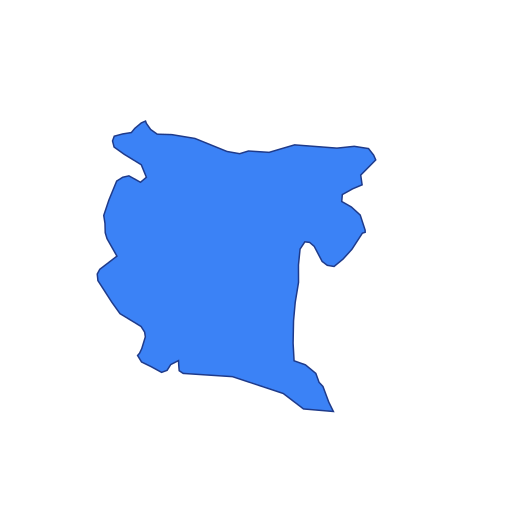 Montenegro, Equal Earth projection, rotated 331°
{"feature_id": "MNE", "entity_name": "Montenegro", "entity_type": "country or territory", "adm_level": 0, "iso_a3": "MNE", "parent_name": "Europe", "parent_adm1": "", "projection": "equal_earth", "projection_center": [19.258, 42.706], "detail": "fine", "context": "isolated", "style": "filled", "palette": "blue", "viewbox_px": 512, "rotation_deg": 331, "n_neighbors": 0, "source": "natural_earth", "source_scale": "50m", "svg_char_len": 1264}
<svg xmlns="http://www.w3.org/2000/svg" viewBox="0 0 512 512"><g transform="rotate(331 256 256)"><path d="M224.8,84.4L224.4,86.9L225.2,94.3L228.7,101.6L241.2,109.0L259.6,123.6L281.3,150.5L291.3,158.6L300.3,160.5L317.7,171.7L329.9,174.4L343.6,177.5L379.1,200.9L395.1,207.7L406.5,216.6L407.8,224.8L407.3,230.0L386.8,236.0L383.3,245.2L373.3,244.1L361.3,244.1L357.4,249.9L363.2,259.4L367.0,270.7L364.0,286.2L363.0,288.2L360.1,287.6L343.2,296.6L330.6,300.9L319.2,303.0L313.8,298.7L311.2,292.8L311.6,275.8L309.5,270.1L305.6,267.3L297.9,271.3L288.8,284.4L280.4,299.7L267.8,315.6L257.4,330.9L246.2,350.2L238.5,366.1L246.5,375.2L251.4,387.7L249.9,397.1L251.3,402.6L248.8,419.1L248.3,429.5L223.4,412.8L213.2,389.5L176.9,350.1L135.4,323.4L133.2,319.1L135.5,314.0L137.5,309.9L128.8,309.6L122.8,312.9L117.0,312.0L110.6,301.9L104.5,293.2L104.2,285.6L107.0,284.6L111.2,281.6L120.0,273.1L121.7,268.6L121.3,261.9L109.1,240.5L107.5,226.6L105.8,200.9L108.4,194.8L112.9,191.9L134.3,188.7L134.1,168.6L135.4,162.6L139.7,154.3L142.5,146.7L154.4,135.8L170.5,122.9L177.6,122.5L183.7,124.3L190.7,135.5L198.3,134.0L199.9,120.6L190.0,103.1L184.7,91.9L186.3,85.8L190.1,82.5L198.6,84.6L206.8,87.6L211.9,85.6L220.1,84.0L224.8,84.4Z" fill="#3b82f6" stroke="#1e3a8a" stroke-width="1.5"/></g></svg>